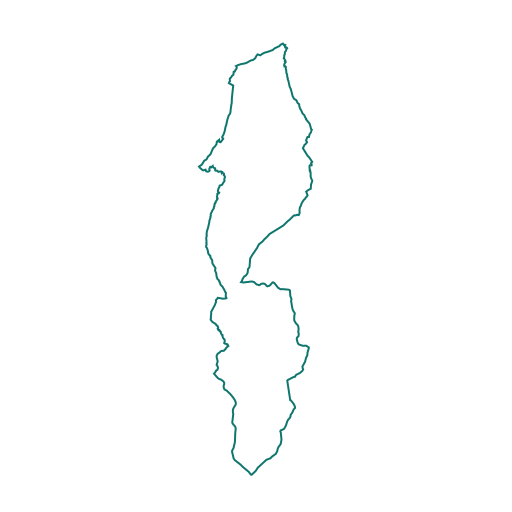 the district of Paipa, Boyacá, Colombia, rotated 196°
{"feature_id": "7082276B8321957646426", "entity_name": "Paipa", "entity_type": "district", "adm_level": 2, "iso_a3": "COL", "parent_name": "Colombia", "parent_adm1": "Boyacá", "projection": "equal_earth", "projection_center": [-73.118, 5.831], "detail": "fine", "context": "isolated", "style": "outline", "palette": "teal", "viewbox_px": 512, "rotation_deg": 196, "n_neighbors": 0, "source": "geoboundaries", "source_scale": "gbopen_adm2", "svg_char_len": 6127}
<svg xmlns="http://www.w3.org/2000/svg" viewBox="0 0 512 512"><g transform="rotate(196 256 256)"><path d="M221.6,55.1L220.0,53.9L213.3,51.2L210.3,49.5L203.4,46.5L201.8,45.2L200.4,44.4L199.9,44.5L197.1,49.2L195.9,53.0L189.8,63.0L186.4,65.5L185.3,67.6L182.4,71.3L181.8,74.2L182.0,76.8L181.8,78.3L180.5,81.9L180.5,83.3L180.9,86.5L183.4,92.9L184.3,94.2L184.3,94.7L184.1,95.2L181.6,97.3L181.2,98.2L180.5,101.4L180.4,105.4L180.1,107.1L178.8,109.9L178.6,111.0L178.9,112.6L177.9,115.8L177.5,119.0L176.6,120.7L177.0,121.8L178.3,123.5L180.2,125.1L182.8,126.9L183.4,126.9L191.6,144.8L191.3,145.5L186.8,149.8L185.1,150.8L185.1,151.9L184.5,153.0L181.6,155.6L179.8,158.3L179.4,160.1L180.1,160.8L180.9,162.5L179.7,167.9L179.8,172.0L179.3,174.6L179.9,177.6L179.8,181.8L180.1,182.7L183.2,183.6L186.1,182.6L190.5,182.8L191.6,183.6L192.6,185.0L194.0,187.5L194.1,188.9L193.1,190.5L193.3,192.3L193.6,193.4L194.5,194.7L194.8,197.1L196.0,200.1L197.1,201.2L199.1,202.3L201.3,204.4L202.0,206.1L202.8,209.8L202.8,211.3L203.1,211.8L205.8,214.3L207.2,216.8L209.7,222.1L210.2,224.7L212.0,227.0L213.8,232.1L214.4,232.5L215.5,232.6L221.3,231.5L223.3,230.8L226.1,231.6L230.8,235.0L232.4,235.4L232.9,235.0L234.6,231.4L236.6,230.0L237.5,230.2L239.1,231.3L240.9,231.6L242.4,231.2L243.5,230.5L244.3,229.3L245.1,228.8L247.8,228.9L250.6,230.4L252.9,230.4L260.7,227.1L263.1,226.8L262.7,228.0L262.5,230.3L261.8,232.9L260.3,234.6L259.5,236.9L259.5,238.1L260.1,241.2L259.3,243.1L259.3,244.2L260.9,251.9L260.0,255.6L257.1,264.3L256.9,266.0L256.3,268.2L253.7,271.8L252.6,274.3L250.6,277.6L249.0,280.9L238.1,292.9L235.1,298.2L233.7,300.1L231.0,305.0L230.2,305.8L229.0,305.9L228.0,306.9L226.2,307.1L225.9,309.5L226.8,311.9L227.2,314.8L226.7,316.8L226.7,318.8L226.1,321.4L225.4,323.3L224.5,324.7L224.2,326.2L223.6,327.0L223.1,328.5L225.5,331.7L224.0,333.8L221.9,335.7L222.8,339.9L222.6,343.5L222.9,344.3L223.9,345.2L225.3,347.3L226.4,350.9L227.5,353.1L227.8,352.8L229.2,356.4L229.4,357.5L229.2,358.1L227.6,358.4L227.5,358.9L228.7,360.4L227.9,361.9L231.8,365.3L234.2,366.7L240.6,372.5L240.0,376.2L239.2,377.2L238.4,379.2L238.3,379.5L239.7,380.8L239.5,383.4L239.3,384.6L237.9,385.0L238.1,387.6L237.3,390.0L237.2,392.8L237.9,393.0L240.8,397.9L245.6,401.2L245.6,401.8L246.8,402.7L248.5,404.8L250.5,405.8L252.9,408.7L253.8,409.3L255.8,412.1L256.1,413.3L256.7,414.0L258.0,414.4L260.2,416.9L262.6,417.5L264.9,419.8L268.3,425.7L270.3,428.0L273.2,433.4L274.2,434.5L274.4,435.7L275.0,436.2L275.4,437.0L276.2,439.2L277.1,440.0L278.2,443.0L278.9,443.9L279.5,446.1L280.3,446.5L280.9,446.1L281.6,447.3L281.6,448.7L280.9,450.7L281.1,451.0L281.9,451.2L281.7,451.9L281.9,452.2L282.2,452.2L283.1,453.4L283.8,453.7L283.7,455.0L284.2,456.7L283.9,457.7L284.4,460.0L283.8,461.4L283.8,463.2L283.0,465.1L283.9,464.3L284.7,464.9L285.3,464.5L286.0,465.2L286.0,466.9L286.6,467.0L287.6,466.6L288.7,467.6L290.7,465.8L291.1,464.7L291.5,464.1L295.3,460.8L296.8,458.5L302.1,454.7L303.2,454.3L305.6,452.1L307.2,450.1L310.1,450.2L310.8,448.3L311.3,445.8L312.9,443.6L314.8,442.6L318.8,438.6L323.5,436.2L326.2,434.3L327.5,433.1L327.0,432.9L326.4,431.8L326.5,430.2L327.0,429.2L327.3,427.4L328.2,426.9L327.7,423.9L328.8,422.4L329.2,420.7L330.0,419.5L330.1,419.1L329.2,416.9L329.5,416.5L329.7,414.7L324.9,413.6L322.8,401.6L321.6,396.7L321.0,391.6L320.2,387.0L320.2,385.7L321.0,383.3L321.0,382.2L321.1,379.0L320.7,373.4L320.9,372.2L320.5,366.8L320.8,363.0L321.3,361.6L321.0,360.9L321.1,360.5L319.8,359.6L321.4,355.6L322.6,355.5L323.0,356.1L323.5,357.5L324.7,355.7L324.9,354.8L325.1,354.8L324.8,352.4L325.8,349.8L327.0,347.7L327.8,341.2L329.7,338.1L329.9,336.1L330.7,334.6L332.0,333.4L333.3,328.8L335.4,326.3L334.5,325.5L331.0,323.8L330.3,323.8L328.3,325.1L327.3,323.7L325.7,323.7L324.8,324.2L324.1,325.3L324.9,326.8L324.6,329.0L324.2,329.2L323.5,328.9L322.4,330.6L322.0,329.8L321.4,329.3L319.4,329.0L319.0,327.3L318.5,326.9L316.7,327.3L315.4,326.5L313.5,327.5L312.5,327.6L312.0,326.7L311.8,327.5L311.5,327.5L310.7,326.4L309.5,326.3L309.2,325.7L309.3,324.9L308.4,324.4L307.6,323.5L307.7,321.0L307.1,320.1L307.0,319.3L307.9,316.7L308.1,315.2L310.4,313.6L310.2,312.2L310.7,310.7L310.6,308.0L309.9,306.8L308.9,306.8L309.0,306.1L309.8,305.9L310.3,305.0L310.0,304.7L309.9,302.2L309.3,301.4L309.2,300.5L308.8,300.6L308.7,300.1L309.6,297.4L309.7,296.5L309.5,296.1L310.0,295.6L309.9,294.5L310.2,294.1L309.7,292.4L310.0,291.4L309.7,290.1L310.4,288.0L311.1,283.8L310.6,282.3L310.7,281.1L310.4,280.8L310.5,276.8L310.2,275.7L309.9,270.3L310.0,266.1L309.5,263.1L309.0,262.4L308.8,259.5L307.4,255.8L307.4,254.8L306.8,254.1L306.6,252.5L306.8,251.9L306.2,250.7L305.3,250.1L303.4,247.2L303.0,246.0L302.3,245.0L301.8,244.5L301.2,244.4L300.6,243.6L299.9,243.5L299.4,242.0L297.0,239.9L295.8,236.8L291.6,233.2L291.4,230.8L289.3,228.2L288.9,226.8L288.3,225.9L288.1,225.0L287.5,224.6L286.9,223.4L285.1,222.5L284.6,221.7L284.0,221.5L283.7,220.5L282.9,219.8L282.3,218.7L279.7,217.2L277.1,214.7L275.7,212.9L274.8,212.4L274.0,208.9L272.8,207.4L273.3,206.9L276.1,205.8L281.2,205.3L281.6,203.9L282.4,202.6L281.8,201.0L282.0,197.7L283.7,189.9L283.1,188.0L282.6,184.9L282.2,184.0L282.1,182.3L279.8,180.6L275.9,179.5L275.0,178.5L273.9,178.4L273.5,177.6L272.8,177.2L272.5,176.1L272.8,175.7L272.5,175.1L271.6,174.4L270.9,174.8L270.1,173.6L269.5,173.8L269.1,173.5L268.3,172.0L267.1,170.8L266.4,170.8L266.0,169.5L265.0,168.1L264.1,167.6L263.8,167.1L263.2,167.0L262.5,165.5L262.6,163.6L261.6,163.2L259.3,163.3L259.0,162.6L258.6,162.6L258.6,162.4L257.9,161.9L258.5,161.4L258.4,160.8L259.3,159.6L259.7,157.9L260.3,157.2L260.5,156.4L261.5,155.7L262.7,155.4L263.9,154.4L264.2,153.4L265.5,152.0L266.0,151.1L266.3,149.5L266.1,148.2L263.8,144.2L263.8,140.4L262.6,139.5L261.7,138.0L261.7,136.0L262.8,134.8L262.8,134.1L263.9,131.3L259.0,128.1L257.7,127.7L255.4,127.5L252.6,126.4L251.6,125.3L251.3,124.2L251.3,122.0L250.3,119.9L249.4,119.0L247.0,118.5L242.5,116.1L239.3,113.9L236.8,111.8L235.5,110.3L234.7,108.7L234.6,107.4L235.6,103.9L235.8,102.2L235.5,100.4L234.3,97.8L232.9,89.3L232.3,88.5L228.8,86.1L227.9,84.4L227.1,79.9L225.2,72.3L224.9,70.2L224.8,66.8L224.6,65.6L225.3,62.4L225.0,61.1L221.6,55.1Z" fill="none" stroke="#0f766e" stroke-width="2"/></g></svg>